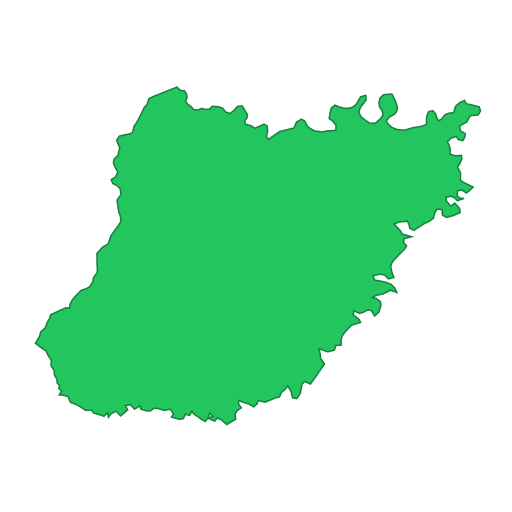 outline of Santo Antônio da Platina, Paraná, Brazil, rotated 94°
{"feature_id": "56859067B54951123385144", "entity_name": "Santo Antônio da Platina", "entity_type": "district", "adm_level": 2, "iso_a3": "BRA", "parent_name": "Brazil", "parent_adm1": "Paraná", "projection": "natural_earth1", "projection_center": [-50.102, -23.287], "detail": "fine", "context": "isolated", "style": "filled", "palette": "green", "viewbox_px": 512, "rotation_deg": 94, "n_neighbors": 0, "source": "geoboundaries", "source_scale": "gbopen_adm2", "svg_char_len": 4535}
<svg xmlns="http://www.w3.org/2000/svg" viewBox="0 0 512 512"><g transform="rotate(94 256 256)"><path d="M93.0,346.6L104.0,369.5L106.5,373.8L112.7,375.3L115.7,377.9L123.1,380.8L126.7,382.4L131.7,384.6L135.0,386.7L138.5,387.2L141.9,388.1L143.4,391.9L144.3,395.5L146.0,400.8L150.4,403.1L157.7,399.4L161.3,400.1L165.3,400.7L169.0,404.2L172.7,404.8L176.1,403.4L182.1,399.7L187.0,401.7L189.9,405.8L193.7,403.9L195.5,399.4L198.3,396.3L204.0,395.0L210.0,398.5L218.7,396.6L222.1,395.8L225.8,394.0L231.1,393.3L236.2,396.0L240.5,398.9L246.5,402.3L250.8,403.4L254.3,404.3L257.8,409.6L261.7,412.7L264.4,414.9L267.7,414.5L273.4,414.2L280.5,413.3L283.7,413.3L288.8,416.5L292.9,417.0L297.9,419.6L300.2,422.5L302.6,428.2L308.6,433.2L312.1,435.9L316.7,438.1L321.0,438.5L320.9,442.2L328.8,456.6L333.3,457.8L336.8,459.7L342.6,461.3L346.5,465.4L351.0,466.2L358.4,469.9L361.8,465.0L365.6,458.6L368.8,457.0L374.4,452.9L379.7,452.9L384.3,449.3L388.5,448.9L392.8,446.0L396.4,445.6L398.9,442.8L402.0,443.6L404.2,440.5L408.3,442.6L408.3,438.6L409.3,433.8L415.0,430.8L416.8,424.7L419.4,419.4L421.9,415.1L421.1,409.5L424.0,407.0L425.0,402.0L426.5,396.4L422.6,393.3L427.1,392.0L423.4,389.5L420.6,384.6L425.0,379.9L420.9,375.7L418.4,373.2L414.3,376.0L413.2,370.8L417.2,366.5L413.6,361.1L416.8,360.2L418.0,355.0L418.0,350.6L415.1,347.4L414.9,343.2L416.5,336.7L414.8,331.0L419.2,327.3L422.6,329.1L424.3,321.0L423.3,317.1L418.9,315.5L419.6,311.0L415.3,309.2L418.3,306.8L419.9,303.5L422.8,298.8L424.6,295.1L421.1,292.7L423.6,285.6L420.3,283.3L421.9,279.1L426.2,273.4L422.5,268.1L420.3,264.9L415.0,265.8L411.2,263.6L408.5,260.1L404.7,263.2L401.4,263.0L403.4,256.5L404.1,252.8L406.7,247.8L403.6,244.7L400.0,243.7L401.2,236.8L398.8,231.9L396.4,227.2L394.9,222.7L390.3,221.1L386.6,217.2L383.3,215.3L388.8,211.5L394.9,209.7L395.4,205.4L390.0,202.2L380.5,201.2L377.8,198.8L379.9,192.7L375.0,189.7L370.1,186.7L364.3,183.3L358.8,180.1L353.7,184.5L350.3,184.9L344.0,186.6L345.1,183.1L346.6,177.8L344.5,171.3L339.5,169.9L339.1,164.9L333.6,165.2L330.1,164.6L325.9,162.2L323.0,159.7L318.4,156.0L314.9,147.1L312.1,148.7L307.9,154.8L303.8,154.6L306.0,148.7L304.5,144.8L301.9,140.5L302.5,136.9L307.6,133.6L303.3,129.4L297.0,128.0L292.9,128.6L290.2,133.0L289.2,136.9L286.9,133.3L285.1,126.8L280.8,119.4L282.6,113.0L278.3,115.3L274.7,119.5L273.0,125.5L272.3,130.4L271.7,136.1L267.4,137.9L265.5,130.9L266.0,126.4L269.6,122.1L267.7,116.9L263.6,119.0L257.1,120.9L253.2,119.9L250.0,117.8L242.7,111.7L238.8,108.3L235.5,106.5L231.9,109.9L228.2,109.2L226.0,102.2L223.8,111.7L220.5,114.0L214.4,120.5L212.2,115.8L210.7,107.4L214.4,105.4L217.5,104.6L219.4,100.3L215.1,94.7L211.7,90.0L209.2,85.5L206.1,81.7L200.9,80.8L196.6,78.7L196.7,73.5L202.0,73.0L204.3,68.8L202.0,62.3L198.5,55.4L194.3,56.2L189.4,61.5L192.8,65.0L187.7,70.0L184.1,70.4L182.7,65.5L184.5,61.5L186.8,59.0L184.1,52.5L184.1,56.6L181.9,59.5L176.8,59.5L175.8,55.1L178.5,50.7L176.0,47.7L172.1,44.2L168.7,52.7L166.4,57.2L163.0,57.6L158.7,57.7L153.3,61.2L150.4,59.4L144.6,57.4L141.3,58.2L142.1,64.1L140.9,69.6L136.8,69.5L132.5,70.8L128.7,73.0L125.1,70.0L122.8,64.6L125.7,62.3L126.5,57.7L123.4,56.2L119.5,55.6L116.8,60.9L112.1,61.9L107.5,55.0L104.0,53.4L101.1,52.1L99.9,44.4L95.7,42.1L91.6,43.8L90.4,50.5L89.4,57.0L86.2,58.7L88.8,63.5L92.8,67.4L99.3,68.8L100.0,73.3L101.9,77.4L106.6,80.4L108.3,83.5L105.4,85.3L101.9,86.7L98.7,89.6L99.9,93.9L103.8,95.2L107.6,95.5L112.9,95.1L114.6,98.7L115.8,102.6L116.9,107.9L120.2,116.9L120.0,123.9L118.2,129.6L114.9,133.6L111.9,135.5L108.6,133.0L104.6,127.4L101.5,125.6L97.9,125.2L91.4,127.8L84.9,131.8L86.2,140.1L90.1,143.4L94.9,144.0L98.7,143.1L103.2,139.8L107.0,139.4L110.2,141.3L115.1,146.1L115.7,151.6L113.0,156.2L109.9,160.9L105.4,163.4L100.7,162.3L96.8,159.7L92.8,157.1L88.1,157.7L89.8,162.7L97.8,166.6L101.1,170.3L102.5,176.0L102.3,179.7L101.5,183.5L100.0,187.8L103.2,191.2L107.3,192.0L113.8,192.6L116.0,189.0L120.1,185.3L125.0,185.1L125.9,190.2L126.2,194.0L127.6,198.1L127.1,206.6L124.2,212.3L121.6,214.8L118.2,216.5L116.3,220.1L119.5,224.9L125.6,227.0L127.4,232.5L130.2,241.1L133.9,245.7L139.0,251.8L136.3,253.9L130.6,253.1L125.5,254.0L123.9,257.1L128.6,265.9L126.4,270.1L125.2,275.6L122.3,276.7L118.7,274.6L115.4,274.5L112.4,276.7L107.3,280.1L108.0,284.8L112.1,288.0L115.7,291.7L114.5,296.2L110.7,299.8L109.7,304.6L109.7,310.0L112.8,312.7L113.3,316.7L112.5,320.4L114.3,324.0L114.5,328.1L111.6,331.0L109.0,335.2L106.0,337.1L102.8,335.8L99.1,336.6L96.1,339.0L96.1,342.9L93.0,346.6ZM421.1,292.7L416.0,290.9L419.1,287.8L421.1,292.7Z" fill="#22c55e" stroke="#15803d" stroke-width="1.5"/></g></svg>